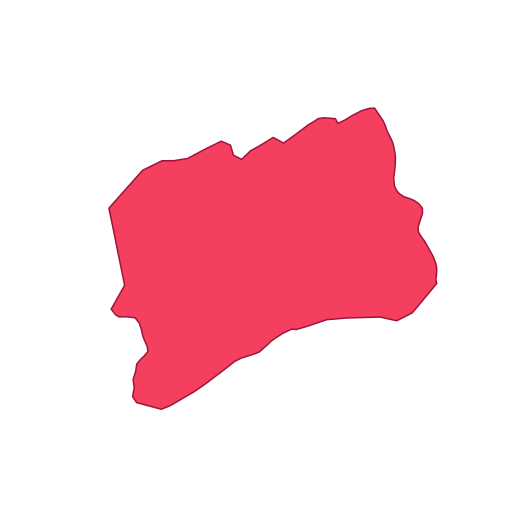 the district of Ladário, Mato Grosso do Sul, Brazil, rotated 56°
{"feature_id": "56859067B96072834593771", "entity_name": "Ladário", "entity_type": "district", "adm_level": 2, "iso_a3": "BRA", "parent_name": "Brazil", "parent_adm1": "Mato Grosso do Sul", "projection": "equal_earth", "projection_center": [-57.566, -19.109], "detail": "fine", "context": "isolated", "style": "filled", "palette": "rose", "viewbox_px": 512, "rotation_deg": 56, "n_neighbors": 0, "source": "geoboundaries", "source_scale": "gbopen_adm2", "svg_char_len": 1478}
<svg xmlns="http://www.w3.org/2000/svg" viewBox="0 0 512 512"><g transform="rotate(56 256 256)"><path d="M193.0,106.1L191.8,113.9L186.5,113.4L179.4,122.4L176.9,127.5L176.9,133.5L176.5,138.7L176.8,145.3L177.4,156.9L177.8,170.0L167.3,175.5L166.9,185.6L166.5,192.5L165.7,201.8L167.9,213.9L159.8,218.3L149.8,215.2L141.4,220.6L138.7,240.4L136.9,258.2L133.5,265.4L131.2,270.6L124.5,280.6L121.5,302.0L130.3,336.5L134.1,351.2L152.9,358.9L164.6,363.8L206.8,381.3L219.1,405.8L226.0,405.3L229.8,403.7L232.9,398.9L236.2,394.6L239.8,390.8L246.3,390.3L252.8,392.1L258.4,394.4L263.0,395.5L270.5,396.9L274.7,399.1L276.2,404.0L277.4,410.4L278.9,415.3L284.2,420.1L289.7,427.0L296.9,430.5L303.7,437.0L310.9,436.9L330.1,420.2L332.1,410.9L333.9,383.6L333.8,371.1L332.6,348.3L331.5,332.6L332.4,325.4L336.4,311.7L337.4,307.1L336.0,296.3L335.1,291.5L334.9,285.2L335.1,276.7L336.6,267.2L339.5,263.7L342.8,253.2L348.4,232.9L358.1,215.5L376.0,187.3L388.4,175.5L390.5,158.5L389.0,152.8L379.8,121.4L376.2,120.1L371.0,115.7L367.0,112.9L362.7,111.1L355.9,109.5L348.9,108.8L338.0,107.9L332.1,108.2L326.9,107.9L322.5,105.3L317.7,99.2L313.6,94.0L309.4,91.3L303.7,91.8L298.5,93.8L294.9,96.1L289.6,100.2L284.5,102.3L280.5,102.8L275.1,102.0L268.2,98.1L263.4,93.8L257.0,88.6L251.5,84.8L247.3,82.7L243.0,80.9L239.0,79.4L234.6,78.5L229.6,78.0L225.2,77.3L219.3,75.7L214.6,75.0L208.4,75.0L204.8,75.0L199.7,75.0L197.0,79.4L194.5,87.4L193.3,98.4L193.0,106.1Z" fill="#f43f5e" stroke="#9f1239" stroke-width="1.5"/></g></svg>